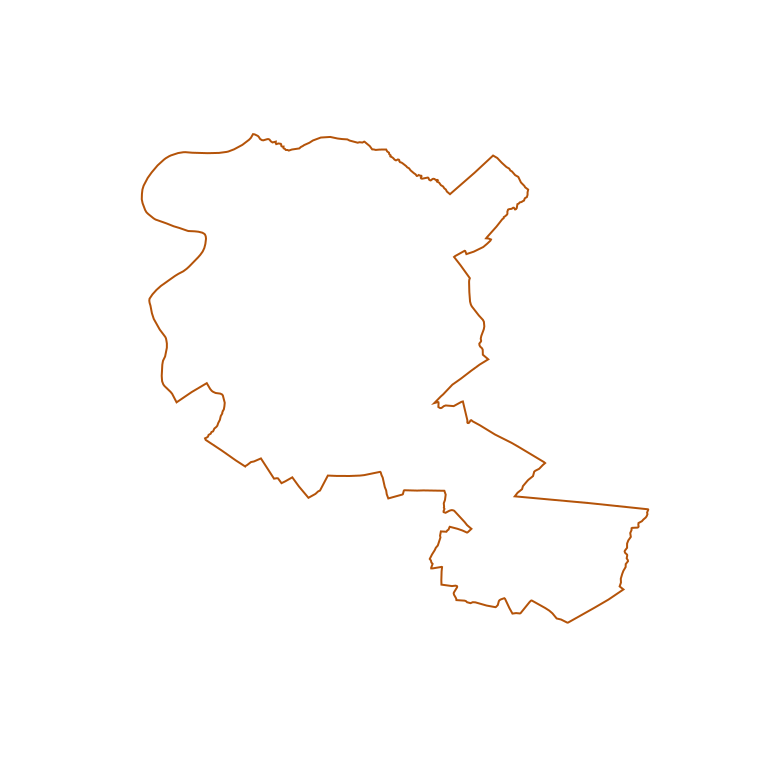 Bang Khonthi, Samut Songkhram, Thailand, rotated 71°
{"feature_id": "78962969B68026694261665", "entity_name": "Bang Khonthi", "entity_type": "district", "adm_level": 2, "iso_a3": "THA", "parent_name": "Thailand", "parent_adm1": "Samut Songkhram", "projection": "equal_earth", "projection_center": [99.954, 13.478], "detail": "fine", "context": "isolated", "style": "outline", "palette": "amber", "viewbox_px": 768, "rotation_deg": 71, "n_neighbors": 0, "source": "geoboundaries", "source_scale": "gbopen_adm2", "svg_char_len": 6160}
<svg xmlns="http://www.w3.org/2000/svg" viewBox="0 0 768 768"><g transform="rotate(71 384 384)"><path d="M611.9,385.9L615.1,378.3L616.0,377.2L617.4,376.5L619.4,373.5L619.2,371.1L620.2,368.7L626.9,359.1L631.3,351.3L631.3,350.8L630.1,348.4L626.7,346.1L626.0,345.1L625.7,343.5L625.7,340.0L626.5,339.5L636.7,338.4L642.9,337.3L643.6,333.7L645.2,330.2L645.1,329.4L637.6,317.4L636.7,315.6L636.8,314.8L648.3,304.5L652.1,301.5L655.7,299.4L661.9,297.1L664.3,293.3L669.3,288.4L669.5,287.6L664.1,258.0L660.9,241.9L656.2,224.5L652.1,227.1L648.9,224.6L645.2,223.5L641.0,220.5L638.6,218.5L635.7,215.1L633.0,214.1L631.0,211.0L629.9,210.8L627.8,211.3L625.4,209.9L624.5,209.7L622.1,211.0L620.7,211.0L620.0,210.5L618.0,207.5L614.0,206.1L611.4,203.9L608.9,200.4L605.1,199.7L602.7,197.5L601.0,196.9L600.8,196.2L602.3,191.1L602.2,190.3L601.7,189.7L599.7,189.3L598.3,188.6L597.7,184.8L596.6,182.9L595.5,180.1L594.7,178.9L592.9,177.3L591.2,177.1L588.9,175.1L588.4,175.2L563.5,228.6L532.8,296.9L530.3,293.1L528.4,287.7L525.8,285.9L522.4,280.2L521.6,278.7L519.6,273.1L515.8,270.5L515.3,269.2L514.7,264.9L512.3,260.2L511.2,257.4L510.0,258.1L488.0,276.6L481.1,282.6L467.9,295.5L454.2,306.8L448.2,312.3L446.7,313.2L446.6,314.0L448.3,316.1L448.4,317.0L448.1,317.6L447.4,317.7L445.6,317.0L426.2,315.1L426.1,316.7L427.6,325.3L424.4,332.6L424.4,334.6L425.3,337.2L425.3,338.1L424.8,339.0L423.4,340.1L419.8,338.6L418.9,338.5L418.6,339.0L418.4,342.6L414.2,334.2L413.1,331.5L406.9,319.6L404.0,309.6L400.0,297.7L396.8,287.3L394.6,277.4L388.5,281.0L383.7,279.5L382.2,279.7L379.9,280.9L378.3,281.1L376.8,280.7L375.4,278.5L374.8,278.1L372.7,277.8L370.3,276.4L364.7,271.8L362.2,270.4L357.7,269.3L355.6,269.6L350.1,272.0L339.3,275.7L337.2,276.0L334.1,275.8L324.9,273.4L315.1,270.3L313.3,269.5L311.9,268.4L296.6,273.0L286.7,276.4L286.2,275.1L284.3,264.4L284.7,263.9L288.0,263.8L288.1,256.1L286.8,245.6L285.0,240.9L283.1,236.7L282.2,235.8L280.5,237.8L279.5,240.0L278.9,239.1L271.8,226.4L266.7,218.5L266.2,216.9L265.2,216.4L264.8,214.7L263.8,212.4L263.2,211.9L261.1,211.2L259.5,209.9L259.4,208.8L259.9,206.3L259.4,204.5L259.6,203.9L260.3,203.5L261.5,203.4L261.7,203.0L261.6,202.2L261.0,201.3L257.4,199.3L257.3,197.9L256.5,196.5L256.7,194.6L256.4,193.8L256.1,191.8L255.0,191.1L254.1,190.0L253.8,188.1L251.9,186.7L249.6,185.9L247.1,184.4L244.0,186.5L242.4,186.8L238.0,188.9L231.9,189.6L229.2,192.0L224.7,193.8L223.3,195.0L221.1,195.5L218.7,197.6L213.0,200.7L207.2,203.3L203.5,206.5L213.7,229.5L226.0,259.8L222.5,261.9L220.3,262.2L218.6,263.3L216.5,263.8L214.5,265.5L211.6,266.3L209.8,268.1L209.4,268.1L208.9,266.8L208.5,266.9L207.8,268.8L206.6,269.5L206.0,270.6L206.0,271.4L206.7,273.4L206.6,273.9L205.5,274.8L203.7,274.9L203.1,275.3L202.3,281.0L201.9,281.8L201.1,282.1L199.8,280.9L199.3,280.9L198.5,282.4L197.7,283.1L198.1,284.6L197.9,285.3L196.0,285.9L194.4,287.1L190.7,289.3L188.2,290.1L186.7,291.5L185.2,292.1L181.5,294.5L180.4,295.3L179.5,296.6L178.3,297.0L177.5,296.7L176.8,296.9L176.2,297.8L176.5,299.5L176.3,300.1L175.1,301.1L173.9,301.5L172.5,302.3L170.9,303.9L170.0,303.3L168.5,304.2L166.9,304.0L165.1,305.3L163.0,305.6L160.9,311.9L160.0,315.6L158.9,317.3L158.3,318.8L154.4,320.0L148.5,323.6L148.4,324.1L148.7,325.7L147.4,328.5L147.3,330.3L142.6,337.3L140.8,339.0L138.7,344.0L136.8,347.9L132.9,354.4L130.4,363.5L130.6,371.9L131.6,376.0L132.1,381.8L132.5,383.1L132.9,385.7L133.7,387.3L132.3,394.8L132.3,398.0L131.4,398.9L130.7,400.7L129.4,401.2L128.5,402.2L127.9,402.2L126.8,401.7L126.4,403.0L125.4,403.6L123.9,403.2L123.3,403.4L122.2,405.5L122.1,407.8L121.0,408.0L119.6,407.4L119.3,410.8L117.7,412.0L115.6,412.7L114.9,413.4L114.5,414.6L114.3,418.8L113.6,420.1L111.9,421.4L109.7,421.9L108.4,422.5L105.9,425.0L105.1,426.5L107.9,429.7L109.1,432.0L111.8,440.1L113.3,449.4L113.5,455.6L113.3,457.3L111.8,464.7L108.4,475.4L102.9,490.0L100.1,496.4L99.5,498.4L98.6,503.5L98.5,511.0L98.7,513.0L99.5,516.9L100.2,519.0L103.6,526.9L108.3,534.8L112.2,540.3L118.2,546.7L121.5,549.1L125.5,551.0L130.5,552.9L134.5,553.4L141.7,553.2L144.3,552.7L146.5,551.6L152.4,547.9L154.1,546.5L161.4,537.3L166.4,531.5L169.9,526.6L175.1,520.0L175.7,519.1L178.0,513.3L179.6,509.9L181.8,506.5L183.3,505.2L184.3,504.6L186.4,504.5L188.7,505.0L193.4,507.3L196.9,509.6L199.7,512.3L202.1,515.7L203.7,518.5L209.5,530.0L210.8,533.0L212.1,537.1L212.9,542.5L213.8,546.5L218.6,562.9L220.9,568.4L223.9,573.8L227.0,577.9L228.8,578.8L231.0,579.2L233.8,579.3L241.5,580.4L247.5,580.5L259.6,578.3L268.2,575.5L269.9,575.3L272.1,575.6L275.0,576.1L279.0,577.5L286.7,582.0L290.1,585.4L293.5,587.3L303.9,591.5L306.8,592.3L309.2,592.9L312.6,592.8L314.7,592.1L321.9,588.4L324.3,587.5L333.8,586.1L329.0,568.4L325.5,551.3L332.0,550.0L334.4,549.1L335.8,548.1L337.7,546.1L339.8,541.9L341.2,540.5L342.4,540.1L349.9,540.7L353.2,542.2L356.0,543.8L357.0,545.2L357.4,545.3L358.1,546.1L359.2,546.5L361.2,548.8L364.4,550.8L367.0,553.5L369.2,555.2L370.0,556.5L370.9,558.9L373.0,560.9L373.2,561.4L373.2,562.7L374.6,564.1L375.0,566.4L376.5,567.6L376.9,569.0L377.1,570.9L378.8,570.8L393.9,559.2L408.0,549.0L416.8,542.1L416.4,541.6L416.1,539.9L414.5,535.2L414.9,532.2L414.3,524.6L437.7,518.8L438.2,515.9L438.8,514.9L444.4,513.2L443.9,509.2L442.4,501.1L453.2,497.8L467.0,492.5L465.6,484.6L464.1,481.2L463.9,479.2L452.3,466.9L455.5,458.7L459.8,446.4L462.8,436.4L463.7,432.4L465.8,416.3L466.4,415.9L469.6,416.0L472.0,415.7L481.7,416.8L485.3,416.6L489.1,417.3L493.6,417.2L494.5,402.5L494.3,402.0L491.2,399.9L491.1,399.3L495.6,387.3L497.4,381.5L504.6,361.7L508.7,361.7L513.5,364.1L516.2,366.3L519.8,367.2L520.5,367.7L521.8,367.5L523.6,369.1L524.6,369.3L525.8,367.7L525.1,363.3L525.2,361.4L525.7,360.1L526.7,358.9L540.8,352.7L544.5,351.4L549.4,348.5L551.2,352.5L551.5,353.4L551.5,353.9L548.0,357.6L544.8,361.7L540.4,368.3L540.6,368.6L542.7,370.4L543.0,371.7L544.0,373.1L541.9,378.2L545.7,380.4L547.5,380.6L554.2,385.7L555.7,388.3L557.6,390.1L560.8,394.1L564.3,397.7L566.1,397.1L568.2,397.3L569.9,396.6L573.2,399.3L573.7,399.4L574.2,398.0L575.7,389.0L576.0,388.7L579.8,390.5L588.0,393.6L592.4,395.0L597.2,385.5L598.0,381.9L598.9,380.8L599.5,380.8L600.1,381.2L603.9,385.8L604.7,386.3L606.1,386.4L610.3,385.6L611.9,385.9Z" fill="none" stroke="#b45309" stroke-width="2"/></g></svg>